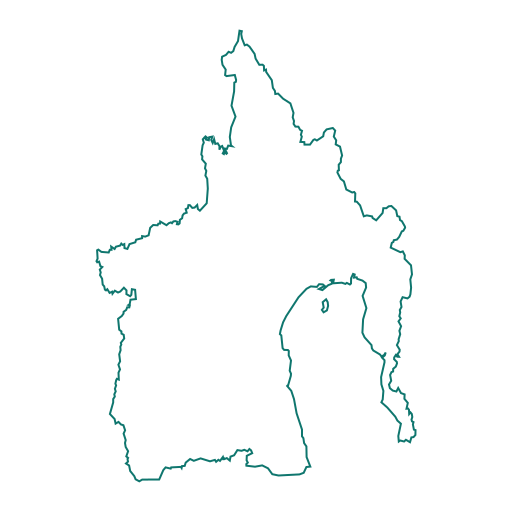 Maroantsetra, Analanjirofo, Madagascar (Equal Earth projection)
{"feature_id": "10022922B79548799707119", "entity_name": "Maroantsetra", "entity_type": "district", "adm_level": 2, "iso_a3": "MDG", "parent_name": "Madagascar", "parent_adm1": "Analanjirofo", "projection": "equal_earth", "projection_center": [49.851, -15.369], "detail": "fine", "context": "isolated", "style": "outline", "palette": "teal", "viewbox_px": 512, "rotation_deg": 0, "n_neighbors": 0, "source": "geoboundaries", "source_scale": "gbopen_adm2", "svg_char_len": 6071}
<svg xmlns="http://www.w3.org/2000/svg" viewBox="0 0 512 512"><path d="M332.8,128.0L326.6,129.4L323.9,132.5L323.2,136.3L316.9,140.5L314.8,139.3L313.4,139.9L310.0,144.6L304.5,144.6L304.3,142.1L300.4,141.9L301.8,136.6L300.9,134.8L302.0,130.8L300.1,129.8L298.4,126.7L295.4,126.6L293.6,123.9L294.0,121.0L292.7,117.3L293.5,112.9L290.4,103.4L283.1,98.7L278.1,93.6L275.3,94.0L274.9,90.9L272.9,87.9L271.8,80.2L266.2,72.0L266.0,69.6L264.1,70.4L263.9,65.9L262.6,64.7L259.3,64.8L255.6,58.6L254.6,53.9L249.5,46.6L246.9,44.6L244.7,45.3L242.0,38.4L241.2,34.0L241.8,31.2L239.5,30.7L238.0,41.1L234.6,46.9L233.3,51.1L231.1,52.8L228.6,51.8L226.0,54.9L222.1,56.7L221.7,59.8L222.5,64.8L225.7,69.6L225.1,75.1L226.5,76.1L234.8,75.0L236.1,79.9L235.9,81.8L234.3,82.6L234.1,91.4L231.5,105.7L235.5,116.6L231.2,127.3L229.8,137.0L231.0,145.4L232.0,146.2L228.2,145.6L226.9,148.9L224.6,148.5L227.0,153.2L226.4,153.8L224.7,152.1L223.9,154.1L222.8,153.4L224.1,150.9L222.2,146.0L220.8,146.7L219.4,149.7L219.5,146.2L217.7,143.3L215.3,143.9L214.1,139.2L212.7,143.0L211.2,139.9L212.4,136.6L209.2,137.2L208.8,140.3L206.0,139.6L205.0,137.8L207.1,137.7L205.5,136.4L202.8,139.3L203.8,142.7L202.6,145.3L201.3,154.5L202.4,156.3L202.1,159.4L205.8,163.7L205.0,168.3L206.3,170.9L205.4,175.6L207.2,178.7L207.8,188.6L206.7,203.3L199.9,210.7L197.9,209.0L197.2,205.0L194.6,207.6L192.3,207.9L189.8,205.1L188.4,205.1L187.9,208.1L185.7,209.1L186.7,212.7L184.0,213.6L182.6,215.4L182.1,218.3L179.9,219.8L179.6,223.4L178.4,224.4L176.9,224.2L177.5,221.8L175.4,221.1L173.4,221.4L172.0,223.2L170.9,222.4L168.8,223.2L166.5,225.2L160.2,221.5L160.0,223.6L158.3,223.7L157.6,225.3L153.2,225.0L150.2,227.8L148.6,235.3L145.2,236.6L142.1,236.1L142.1,238.2L136.1,239.7L135.3,242.3L129.5,244.1L127.4,248.9L124.5,248.1L124.3,244.1L122.6,244.9L121.3,243.6L120.1,245.6L115.9,246.7L114.6,249.0L111.2,246.6L111.5,249.8L109.8,249.8L108.7,252.5L101.4,251.9L98.3,249.6L97.1,250.3L97.6,258.6L96.5,261.2L97.2,262.3L99.1,261.6L100.4,266.1L102.3,267.0L99.8,269.6L100.7,272.4L100.0,275.1L102.1,278.7L102.7,284.6L104.2,286.3L104.9,289.6L106.0,290.4L107.3,289.2L109.6,292.9L112.1,291.7L112.5,293.7L114.8,290.7L118.0,292.5L120.3,291.5L123.9,287.7L126.5,290.4L126.4,294.1L130.1,296.2L131.3,294.9L131.9,289.2L135.1,289.8L135.9,299.1L130.5,299.7L129.7,304.1L128.5,305.0L129.8,305.4L129.3,307.4L127.2,307.3L126.2,309.9L123.6,311.8L123.5,313.6L121.8,316.0L118.1,318.8L119.2,329.7L121.4,331.4L121.5,333.6L123.7,334.8L124.2,338.5L120.8,342.9L121.3,344.5L120.3,346.8L120.6,350.2L119.2,354.3L120.1,361.3L118.4,364.7L120.0,369.4L118.5,372.7L118.8,379.6L116.9,378.8L116.2,380.1L115.4,383.7L116.1,385.4L114.9,388.8L115.7,391.4L114.3,394.3L114.8,396.6L113.2,399.0L113.2,402.4L109.9,414.0L114.6,419.0L115.6,423.6L118.5,421.9L121.0,424.5L123.4,425.2L125.1,430.3L123.6,433.6L125.7,440.1L125.0,443.0L125.7,447.0L128.1,451.2L126.3,456.4L128.1,457.9L127.5,459.0L128.0,461.6L126.0,463.5L129.1,465.5L130.2,471.0L134.3,476.1L135.6,479.3L139.3,481.3L142.2,479.6L159.2,479.5L163.3,470.1L165.6,467.4L170.7,468.6L171.2,467.4L180.9,466.9L181.6,468.0L182.0,466.1L184.7,465.9L185.7,462.6L190.1,459.0L193.8,460.8L200.6,458.4L210.0,461.3L214.9,459.9L216.1,461.8L218.4,459.8L220.0,460.9L222.8,457.1L223.3,460.0L223.8,458.0L224.6,459.0L226.8,458.1L229.8,460.6L230.5,456.6L234.1,455.3L237.4,450.1L241.6,450.8L244.3,449.8L247.5,451.3L249.4,449.0L251.1,450.4L252.2,453.2L246.8,455.8L246.6,460.3L247.8,462.6L246.3,464.1L246.4,465.7L255.0,466.7L262.2,465.4L268.0,468.3L272.3,474.2L278.5,475.5L299.5,474.4L303.7,472.8L306.4,467.0L310.3,466.6L306.6,457.1L306.4,446.4L304.1,443.1L303.4,438.2L302.0,436.3L302.0,429.6L296.6,413.3L294.0,399.1L291.3,390.9L286.6,385.3L287.9,386.1L290.8,375.9L291.0,373.7L289.7,370.7L291.0,360.5L288.7,355.4L288.8,351.0L287.9,350.0L284.1,349.9L282.6,348.1L281.3,335.4L279.9,334.1L280.6,330.4L283.1,322.3L286.3,316.0L298.5,297.3L306.5,288.8L310.8,286.4L316.9,286.9L319.1,284.2L322.8,284.4L324.6,285.9L318.9,289.0L322.4,290.1L328.2,285.2L331.6,283.8L332.3,281.3L330.5,280.4L331.1,279.9L333.8,279.7L333.1,283.3L341.8,282.7L345.4,283.9L346.8,282.9L349.9,284.5L351.0,283.5L351.1,278.2L353.1,273.9L354.7,274.5L354.0,277.6L356.7,277.3L357.2,278.8L362.5,280.6L365.7,283.1L366.1,287.5L362.6,295.9L366.4,308.1L363.1,319.3L362.4,332.7L364.6,337.4L371.5,345.1L371.9,348.4L373.3,350.5L380.0,354.5L381.5,356.5L384.1,355.0L385.7,352.5L384.8,355.4L382.1,357.7L384.5,360.2L384.5,362.3L381.1,377.1L381.4,384.4L383.4,390.9L382.7,399.5L381.4,402.3L387.3,407.5L395.3,416.7L397.4,420.6L400.9,423.7L398.3,436.0L398.8,441.5L400.2,440.5L404.1,441.5L405.9,439.8L410.0,442.2L411.4,437.4L413.5,437.1L415.4,435.0L415.5,430.1L413.9,429.6L412.9,424.4L413.5,422.1L412.0,421.4L411.5,419.6L412.3,417.0L411.8,414.0L410.5,412.4L409.2,414.0L409.0,409.9L408.0,408.5L406.5,408.7L407.8,402.9L404.4,398.8L404.6,394.4L401.0,393.1L398.2,388.0L396.4,391.5L392.8,390.6L389.9,388.2L389.0,384.5L391.2,380.8L390.1,375.0L391.5,372.1L393.1,371.5L393.2,368.8L395.8,366.6L397.0,363.4L396.8,361.9L394.1,359.2L394.2,357.5L395.8,355.0L397.2,356.7L399.0,356.8L397.4,354.2L399.5,351.6L399.7,349.7L396.9,345.1L398.8,341.1L398.6,339.3L400.2,334.2L399.4,330.8L401.1,326.2L398.5,321.4L400.7,318.4L399.3,316.2L400.2,312.4L399.8,310.0L401.5,307.0L400.6,301.5L402.6,297.2L407.5,298.4L409.6,296.7L410.4,294.3L411.1,287.6L410.3,279.4L412.0,274.4L411.0,265.3L404.6,258.8L404.8,255.3L402.8,251.4L400.4,252.2L390.7,247.6L391.8,242.9L393.4,241.9L393.8,240.2L396.9,239.6L399.2,236.9L401.8,231.4L403.3,230.8L405.1,227.7L404.9,226.5L401.9,221.2L400.0,220.0L399.5,216.7L397.3,216.1L396.1,210.4L391.4,206.0L388.7,206.3L386.4,208.2L383.3,208.2L382.6,213.0L376.2,220.3L372.6,218.0L372.1,216.4L366.8,215.4L363.8,216.3L360.1,205.4L356.8,201.7L355.0,201.5L355.3,193.4L354.2,192.0L352.2,192.5L346.3,189.5L343.9,181.4L340.7,178.9L337.4,172.5L337.8,170.7L338.9,170.3L338.7,164.7L340.9,162.1L340.9,158.7L342.1,155.5L340.0,146.6L335.7,144.4L336.2,140.3L333.8,136.6L335.2,130.6L332.8,128.0ZM323.6,312.3L326.9,310.4L328.1,305.9L327.7,302.2L326.1,299.3L322.7,302.2L323.7,307.6L321.9,309.9L323.6,312.3Z" fill="none" stroke="#0f766e" stroke-width="2"/></svg>